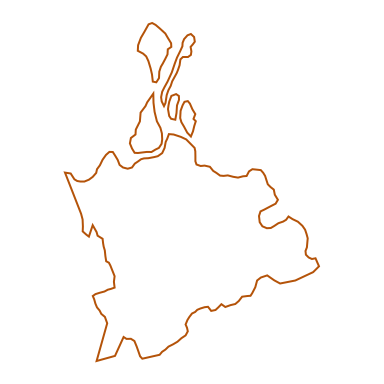 the district of Apicum-Açu, Maranhão, Brazil
{"feature_id": "56859067B98855082713", "entity_name": "Apicum-Açu", "entity_type": "district", "adm_level": 2, "iso_a3": "BRA", "parent_name": "Brazil", "parent_adm1": "Maranhão", "projection": "natural_earth1", "projection_center": [-45.087, -1.505], "detail": "fine", "context": "isolated", "style": "outline", "palette": "amber", "viewbox_px": 384, "rotation_deg": 0, "n_neighbors": 0, "source": "geoboundaries", "source_scale": "gbopen_adm2", "svg_char_len": 3628}
<svg xmlns="http://www.w3.org/2000/svg" viewBox="0 0 384 384"><path d="M315.5,258.3L311.9,259.0L308.7,257.5L305.9,254.7L305.5,251.0L306.9,247.4L307.7,238.3L306.6,234.2L305.1,229.7L302.4,225.8L297.9,221.7L292.5,219.1L288.5,216.5L286.1,219.8L283.1,221.6L278.4,223.2L274.2,226.0L270.8,228.0L266.8,228.2L262.4,226.3L259.7,222.2L259.0,216.0L260.5,211.4L264.1,209.7L267.5,207.9L271.1,206.0L275.6,203.7L277.9,199.8L274.8,194.7L273.8,189.6L270.6,187.1L267.8,184.3L266.4,180.0L265.1,175.9L263.2,172.8L260.8,170.1L256.3,169.6L252.4,169.2L249.0,171.4L246.6,176.0L243.0,176.3L238.0,177.6L233.2,176.8L227.8,175.4L223.6,175.9L220.1,175.6L216.4,172.9L213.2,170.9L209.9,166.8L204.6,165.6L200.7,166.0L196.5,164.5L195.4,161.3L195.4,156.3L195.3,151.3L194.6,147.9L186.2,139.4L180.9,136.9L177.0,135.6L173.6,134.5L168.9,134.1L167.2,138.8L165.7,141.9L164.6,147.9L162.2,153.1L157.8,156.2L154.1,157.1L148.3,158.2L144.0,158.4L141.1,159.2L137.8,161.6L134.8,163.6L132.0,167.5L127.7,168.7L123.0,167.5L119.6,164.9L117.7,159.9L115.0,155.4L112.8,152.0L109.4,151.9L106.0,154.9L102.6,159.7L99.9,165.3L97.0,169.2L96.2,172.9L92.7,176.9L88.9,179.7L84.5,181.5L80.2,181.5L77.2,181.0L74.4,179.3L70.7,173.5L65.0,172.6L81.1,213.8L82.6,219.5L82.9,226.5L82.7,231.4L86.4,234.7L88.9,236.6L90.5,231.8L92.7,225.2L96.6,232.1L97.6,235.7L102.6,238.8L103.1,243.3L103.7,246.7L104.8,250.4L105.4,256.2L106.2,261.3L108.9,262.7L110.4,265.6L112.3,270.4L114.6,276.2L113.9,281.8L114.6,287.6L110.9,288.9L107.8,289.7L104.5,291.5L99.6,292.8L95.5,294.1L92.8,296.0L94.2,299.3L95.4,303.6L97.0,307.4L99.6,310.5L101.3,313.9L104.9,316.9L107.2,323.3L96.6,361.0L100.2,360.0L115.0,355.9L123.6,337.0L126.5,338.9L130.9,338.8L134.4,341.0L136.7,346.6L138.3,351.1L140.1,356.3L142.3,358.7L153.8,356.1L159.6,354.8L162.1,351.8L165.4,349.6L168.5,346.6L173.1,344.3L177.5,341.7L181.4,338.2L185.6,335.4L187.8,331.3L187.0,327.7L185.6,324.5L187.5,319.9L189.4,316.9L192.0,313.5L195.1,312.0L197.3,309.8L200.4,308.5L204.6,307.2L208.0,306.8L211.2,310.9L215.5,310.0L218.3,307.4L221.4,304.2L225.3,307.0L230.6,305.1L235.3,304.0L238.8,301.0L242.1,296.7L247.5,296.0L250.5,295.8L252.2,293.2L255.3,287.2L257.1,280.5L260.9,277.5L267.2,275.4L274.2,280.3L280.1,283.5L295.3,280.5L313.2,272.1L319.0,266.3L315.5,258.3ZM155.4,149.6L158.9,147.9L161.6,143.8L162.2,139.3L161.9,133.4L160.4,127.8L156.9,121.3L154.6,111.9L153.5,102.8L153.3,93.6L147.2,102.3L145.5,106.1L140.6,112.6L139.9,121.4L135.8,129.6L135.5,134.5L130.9,138.0L129.9,143.4L132.0,148.5L134.6,152.8L137.9,153.0L147.0,151.9L151.5,152.0L155.4,149.6ZM159.0,78.1L159.3,71.6L160.9,66.7L162.7,63.7L165.1,59.2L167.5,54.4L167.8,49.3L171.3,46.9L171.1,43.2L167.8,37.8L165.3,33.5L159.6,28.3L155.6,24.9L152.1,23.0L148.6,24.3L144.3,32.0L140.9,37.8L138.1,45.2L137.8,50.8L143.1,53.6L146.2,56.4L148.4,61.1L150.6,68.4L152.0,74.5L152.4,78.0L152.8,81.6L156.3,82.3L159.0,78.1ZM165.5,102.9L166.7,95.1L168.4,90.2L170.7,85.9L172.2,81.3L174.4,77.3L176.7,73.1L178.0,69.9L179.6,65.2L180.4,59.4L182.9,57.0L188.0,57.0L190.9,54.9L191.4,51.4L190.6,46.9L192.8,44.4L194.8,41.7L194.1,37.0L190.9,34.0L187.5,35.3L184.1,39.1L182.6,42.8L182.4,46.3L180.1,51.3L177.0,57.6L174.8,63.5L171.8,72.4L167.5,81.7L164.4,87.3L162.2,91.7L161.1,97.2L161.7,101.4L164.0,106.1L165.5,102.9ZM193.0,131.3L194.3,125.9L195.8,121.2L193.5,118.9L195.3,114.1L192.4,109.3L189.9,103.6L187.8,101.1L184.5,101.8L182.6,105.3L180.6,110.8L180.4,114.3L180.2,118.1L181.4,122.2L184.0,126.6L187.2,132.6L190.9,136.5L193.0,131.3ZM176.5,113.0L177.0,105.4L179.0,99.8L178.9,96.0L176.1,94.1L171.4,95.9L169.3,101.5L168.5,105.4L168.0,109.1L168.6,112.6L169.2,116.0L171.1,118.8L175.3,119.7L176.5,113.0Z" fill="none" stroke="#b45309" stroke-width="2"/></svg>